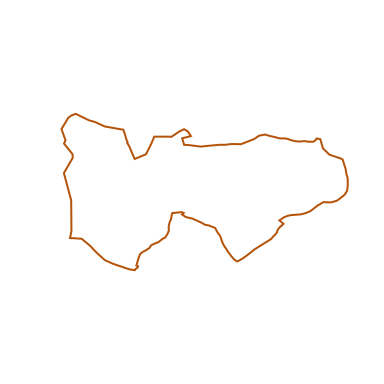 Sabuwa, Katsina, Nigeria (Natural Earth projection), rotated 291°
{"feature_id": "59680162B20254719160886", "entity_name": "Sabuwa", "entity_type": "district", "adm_level": 2, "iso_a3": "NGA", "parent_name": "Nigeria", "parent_adm1": "Katsina", "projection": "natural_earth1", "projection_center": [7.05, 11.346], "detail": "fine", "context": "isolated", "style": "outline", "palette": "amber", "viewbox_px": 384, "rotation_deg": 291, "n_neighbors": 0, "source": "geoboundaries", "source_scale": "gbopen_adm2", "svg_char_len": 2221}
<svg xmlns="http://www.w3.org/2000/svg" viewBox="0 0 384 384"><g transform="rotate(291 192 192)"><path d="M98.6,166.7L99.9,166.9L100.9,167.6L101.9,168.3L103.3,168.3L103.5,166.4L110.9,165.8L115.6,165.8L118.3,167.4L121.0,169.8L124.3,172.2L127.7,173.0L131.0,176.2L133.0,178.5L135.7,180.1L138.3,181.7L139.7,183.3L143.7,184.1L147.7,184.2L151.1,182.7L155.2,182.0L159.3,182.1L163.3,181.3L165.3,181.2L169.5,189.6L169.4,191.8L168.8,191.5L167.4,190.8L166.4,195.3L167.3,201.8L166.7,212.7L166.1,215.1L166.2,216.6L166.8,219.4L166.7,226.5L164.7,228.8L163.4,230.4L161.4,233.5L160.0,235.0L158.0,236.5L155.4,238.9L154.0,240.4L152.7,242.0L150.7,245.0L149.3,246.6L148.0,248.9L146.8,250.8L146.0,252.0L145.7,252.5L144.0,255.8L143.3,258.9L144.7,260.4L147.9,263.0L152.6,266.1L161.2,271.2L169.7,277.6L176.3,282.6L179.2,283.6L182.7,285.2L184.8,285.8L186.5,285.5L188.6,285.8L189.9,286.4L191.4,286.9L192.5,287.6L195.1,288.8L196.8,283.8L201.2,286.8L203.9,289.7L205.6,292.1L210.1,301.6L213.1,305.8L216.5,309.3L219.7,311.3L224.2,314.0L229.6,318.3L231.1,322.8L232.2,325.6L235.6,330.2L238.2,332.0L244.2,335.5L248.7,336.4L254.1,335.0L260.6,332.4L265.7,328.7L268.0,327.6L276.1,321.2L276.6,320.0L276.1,306.9L279.7,298.6L287.3,292.9L286.6,289.1L285.3,289.0L282.5,287.4L281.0,283.7L279.8,278.7L277.6,274.2L276.4,270.0L275.9,266.0L275.9,263.2L275.5,260.1L274.0,256.1L273.4,254.2L273.1,250.7L272.1,243.8L271.9,239.8L268.6,234.4L263.9,231.2L261.8,228.9L254.1,220.5L251.9,214.2L250.6,210.9L248.2,206.6L246.0,200.9L240.1,188.9L237.6,184.1L235.7,176.5L234.7,172.3L233.2,167.8L238.6,163.6L243.8,170.9L247.0,166.5L247.3,165.1L247.8,162.1L243.7,158.3L236.3,153.1L231.9,141.6L230.1,136.9L222.4,136.7L210.7,135.5L202.3,126.6L212.3,116.9L214.6,113.9L215.1,114.1L215.9,113.6L216.7,112.6L221.3,109.1L225.6,105.5L224.9,102.5L223.4,94.7L221.9,87.0L222.6,76.0L222.0,70.2L223.3,55.3L220.0,51.8L216.9,49.9L204.0,47.6L194.9,55.4L191.3,55.2L184.5,66.9L181.1,68.4L169.8,66.6L163.8,65.6L140.9,82.2L121.9,89.7L118.7,90.9L112.2,93.5L105.3,94.6L106.5,98.2L108.8,105.8L105.1,116.6L103.2,120.4L100.9,125.3L99.8,128.2L97.2,135.0L97.1,135.6L97.0,138.2L96.9,139.9L96.9,140.4L96.7,144.2L97.2,158.2L97.2,158.3L97.6,162.7L98.6,166.7Z" fill="none" stroke="#b45309" stroke-width="2"/></g></svg>